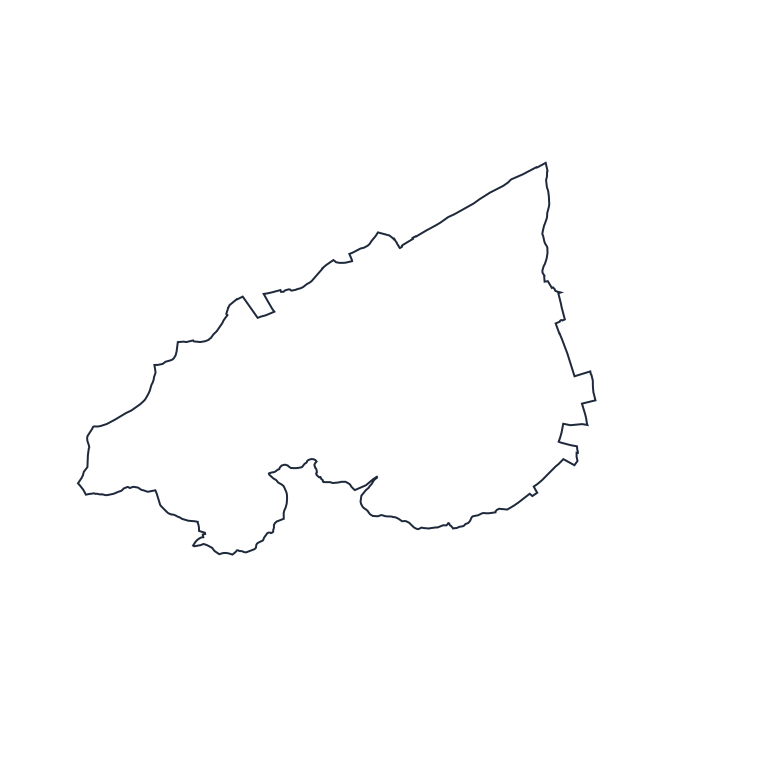 Sanger, Mures, Romania (Albers equal-area conic projection), rotated 129°
{"feature_id": "2599482B36183363035498", "entity_name": "Sanger", "entity_type": "district", "adm_level": 2, "iso_a3": "ROU", "parent_name": "Romania", "parent_adm1": "Mures", "projection": "albers", "projection_center": [24.16, 46.55], "detail": "fine", "context": "isolated", "style": "outline", "palette": "slate", "viewbox_px": 768, "rotation_deg": 129, "n_neighbors": 0, "source": "geoboundaries", "source_scale": "gbopen_adm2", "svg_char_len": 6154}
<svg xmlns="http://www.w3.org/2000/svg" viewBox="0 0 768 768"><g transform="rotate(129 384 384)"><path d="M513.7,574.4L518.0,569.6L519.3,568.5L523.3,567.1L525.7,565.7L528.7,564.6L531.0,564.2L536.6,561.8L540.5,560.8L546.3,559.9L548.2,560.0L553.0,560.7L563.6,563.7L569.1,566.3L580.9,570.6L589.6,574.3L595.0,577.8L597.2,579.7L599.4,582.6L600.3,583.1L602.9,582.5L610.8,581.7L612.6,580.9L614.9,578.7L617.3,574.9L618.7,573.2L620.1,572.7L625.7,569.3L635.2,562.2L641.3,562.0L644.2,560.6L647.1,559.9L653.8,559.3L654.3,556.1L655.5,551.0L657.6,546.0L655.5,544.3L651.6,540.7L651.3,540.3L650.9,539.0L649.8,537.9L649.6,537.2L648.0,534.4L647.2,533.9L645.7,530.6L644.7,529.3L639.3,524.9L634.9,522.6L632.8,521.2L631.9,520.8L628.9,520.5L625.5,518.6L625.0,517.8L624.9,516.4L624.7,516.0L621.7,514.2L619.5,510.4L619.2,509.3L619.1,507.0L618.8,505.6L617.9,503.8L616.7,500.3L615.8,499.2L610.5,494.8L612.3,491.5L618.8,481.9L619.2,480.5L620.2,471.2L619.9,469.0L619.5,468.4L619.3,467.1L618.7,466.5L618.0,465.3L617.2,462.6L617.0,461.1L616.2,458.7L615.9,456.1L613.5,450.2L609.6,444.4L608.3,441.9L609.4,441.1L609.8,440.1L611.8,437.7L614.6,435.2L612.3,429.6L613.1,428.6L615.1,430.1L616.8,428.0L618.1,429.3L619.4,430.0L622.2,430.9L624.9,431.2L629.7,430.7L629.5,429.3L624.5,425.0L621.9,423.6L620.7,420.5L619.5,414.6L620.3,411.2L620.4,409.9L619.9,404.9L616.7,402.7L614.8,400.6L613.4,398.1L611.9,394.4L607.9,393.6L605.9,393.6L605.1,392.8L605.0,392.0L604.6,391.0L603.2,389.0L602.7,386.9L601.6,385.2L593.9,380.7L591.9,380.5L589.1,382.1L588.1,382.2L586.8,382.0L581.6,379.6L578.8,380.5L573.4,380.8L571.9,380.0L571.2,379.0L571.0,378.1L570.4,377.6L568.7,377.1L567.1,378.2L564.9,379.1L562.9,380.8L560.7,381.2L557.9,380.7L557.3,380.2L551.8,377.1L547.5,380.7L545.3,381.8L541.6,382.8L538.1,384.4L534.3,387.0L531.4,389.5L529.9,391.2L527.6,395.4L526.5,397.9L526.5,400.2L527.2,404.3L526.6,406.8L526.6,408.0L527.0,410.5L526.7,416.0L526.2,417.0L525.6,417.1L522.8,415.1L522.2,414.3L520.3,413.3L517.5,412.7L516.1,411.8L514.7,412.4L512.4,412.3L511.6,412.1L509.3,410.5L508.8,409.7L507.9,407.5L508.1,406.5L507.9,403.6L505.9,400.8L503.7,398.3L501.0,396.0L500.0,395.4L496.5,395.5L495.4,395.3L494.5,394.9L493.5,394.8L492.1,395.2L490.5,394.9L488.0,393.2L486.8,391.4L486.3,389.5L486.7,387.6L489.0,387.7L490.5,387.3L491.5,386.2L491.8,385.3L492.4,384.8L492.6,383.4L493.6,381.9L495.1,380.4L496.2,380.5L496.9,379.5L497.2,378.7L497.3,375.5L496.4,375.0L496.4,374.5L497.3,372.9L497.2,371.7L497.4,370.8L498.0,370.4L498.0,369.8L498.3,369.3L494.2,364.1L493.2,361.5L489.5,357.7L486.8,355.5L484.2,352.3L483.5,348.6L483.5,347.1L484.4,344.5L484.8,340.8L484.8,340.0L484.4,339.7L474.0,334.3L464.7,332.5L460.6,331.2L460.7,330.8L461.1,330.5L465.0,331.3L469.2,330.7L473.1,330.8L474.2,330.6L478.1,331.3L485.0,331.3L490.2,328.2L491.7,326.2L492.9,323.3L493.1,321.7L492.8,318.1L493.0,317.0L492.9,316.9L493.7,314.3L494.0,312.6L493.6,309.7L490.8,305.7L487.7,303.7L487.2,303.1L486.2,300.4L485.3,298.8L482.1,294.5L481.9,293.7L480.4,291.2L479.6,288.0L479.3,283.6L477.7,281.9L476.8,280.7L476.0,277.2L476.6,270.8L476.4,269.1L475.9,267.3L475.2,266.0L471.9,264.4L471.1,262.7L468.0,258.1L466.6,257.0L462.7,253.3L461.8,252.1L456.5,249.1L454.7,246.6L453.2,246.3L452.1,246.6L451.5,246.3L451.4,245.5L452.2,244.1L452.3,243.5L452.1,242.5L452.8,239.3L452.1,238.9L450.1,236.8L447.6,235.6L444.8,233.1L443.4,232.6L441.7,232.6L439.0,231.1L436.5,230.9L432.3,232.0L430.9,231.7L426.7,228.2L422.9,226.5L421.4,225.2L420.3,223.4L418.5,221.2L413.6,216.6L413.0,217.1L410.9,217.1L408.5,216.0L404.0,209.2L396.8,206.5L391.7,205.0L377.6,201.7L377.7,198.2L372.1,196.5L369.5,203.1L365.2,201.8L359.6,200.7L339.7,198.7L336.7,198.0L329.5,197.3L327.3,184.9L322.0,185.2L319.4,188.5L316.2,191.1L315.6,190.0L314.8,190.5L313.3,192.6L311.0,194.8L314.2,200.7L318.4,210.1L318.9,212.0L315.5,213.1L310.1,215.4L302.1,219.7L298.7,213.2L290.5,204.8L287.8,200.1L287.0,201.4L283.4,205.4L281.0,208.5L274.7,217.8L263.6,209.4L258.6,216.1L254.7,219.9L249.9,223.9L246.2,228.8L246.2,229.5L244.4,231.6L258.1,240.8L244.9,260.7L237.3,273.7L234.2,279.4L234.4,279.5L232.1,283.4L228.9,288.7L224.9,286.6L224.1,286.9L223.2,286.7L222.5,286.2L222.3,285.3L220.0,284.1L212.7,294.1L210.2,297.1L203.8,305.6L201.7,304.3L203.1,307.3L203.7,309.2L203.7,309.7L202.8,311.3L202.6,313.5L203.7,314.0L201.0,321.4L203.4,323.6L199.2,327.6L198.9,327.5L197.9,330.5L197.4,331.2L196.3,332.2L194.8,332.9L191.8,334.1L189.5,334.5L184.3,336.5L179.4,339.3L175.2,342.9L174.5,344.2L173.4,347.3L172.4,349.0L168.8,353.5L168.7,353.9L167.6,355.5L165.1,356.9L159.9,359.4L158.8,359.6L153.0,361.7L151.1,362.7L148.5,364.7L143.1,367.1L140.4,368.6L134.4,374.0L130.6,378.0L128.5,381.3L124.1,385.8L123.1,386.6L120.4,387.8L116.3,390.9L115.6,390.9L110.4,397.5L118.8,401.0L119.7,401.5L119.6,402.0L133.8,408.1L144.5,413.7L145.9,414.1L149.3,414.4L154.9,416.0L168.6,422.1L180.5,426.1L187.2,427.9L207.9,436.2L214.0,439.2L223.0,441.7L227.4,443.3L237.7,447.6L249.3,451.9L249.2,452.3L251.2,453.2L252.6,453.7L252.9,452.8L264.4,457.0L265.4,457.0L265.9,456.4L268.2,457.1L268.4,457.3L267.7,459.5L267.3,459.9L267.3,460.5L266.6,462.4L265.9,463.6L265.9,464.2L265.3,466.1L264.9,466.6L264.7,467.6L265.3,467.6L265.1,468.9L265.2,473.3L270.0,484.1L274.5,483.6L280.9,483.7L284.2,483.3L286.8,483.7L290.6,485.3L293.5,487.5L301.8,491.1L304.7,492.8L307.8,487.0L308.6,486.1L313.9,490.2L316.2,492.7L317.9,494.9L319.5,497.8L319.5,501.3L327.9,503.8L332.7,504.7L332.7,504.4L349.4,505.0L351.3,505.4L355.2,506.9L359.7,507.9L362.1,509.1L365.6,511.6L366.3,511.8L367.2,512.7L369.0,514.0L369.7,514.8L369.8,515.4L369.7,516.5L370.4,517.6L373.3,519.7L375.5,520.1L377.2,522.0L376.2,523.6L383.5,528.9L387.6,532.2L389.7,534.2L392.7,526.7L396.0,518.0L396.8,514.7L405.0,519.1L409.1,522.1L412.1,523.8L405.0,548.8L410.7,551.4L410.7,551.8L420.1,553.7L420.6,553.4L422.3,553.1L422.9,553.2L423.3,552.8L428.5,550.8L429.0,550.3L429.0,549.0L433.0,548.9L436.1,548.6L438.2,548.0L448.4,547.2L452.8,547.8L457.3,547.5L458.5,548.0L460.1,548.1L463.3,549.9L467.0,553.2L470.5,558.5L470.6,558.9L470.3,559.8L475.8,564.0L477.2,566.4L481.2,570.6L489.5,565.5L492.9,564.0L496.5,563.5L498.3,563.9L500.0,564.8L504.2,567.8L507.8,568.7L511.6,571.9L513.7,574.4Z" fill="none" stroke="#1e293b" stroke-width="2"/></g></svg>